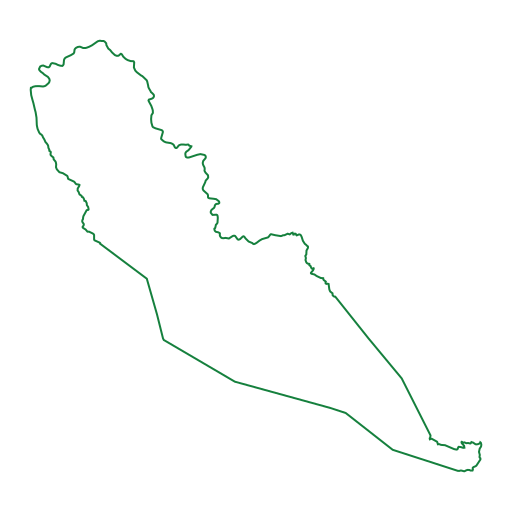 Minas de Oro, Comayagua, Honduras (Mercator projection)
{"feature_id": "27666195B38768397518774", "entity_name": "Minas de Oro", "entity_type": "district", "adm_level": 2, "iso_a3": "HND", "parent_name": "Honduras", "parent_adm1": "Comayagua", "projection": "mercator", "projection_center": [-87.461, 14.895], "detail": "fine", "context": "isolated", "style": "outline", "palette": "green", "viewbox_px": 512, "rotation_deg": 0, "n_neighbors": 0, "source": "geoboundaries", "source_scale": "gbopen_adm2", "svg_char_len": 5867}
<svg xmlns="http://www.w3.org/2000/svg" viewBox="0 0 512 512"><path d="M472.5,470.5L472.9,469.6L472.7,468.1L472.8,467.7L473.5,467.1L475.6,466.2L476.4,465.6L480.4,459.5L480.4,458.3L479.7,457.6L479.5,457.0L479.8,454.9L479.0,451.9L479.7,448.6L480.9,446.8L481.2,445.9L481.3,444.4L480.8,442.7L480.3,442.3L480.1,442.9L479.1,443.7L477.8,444.2L476.0,444.4L475.1,444.0L473.1,442.6L471.6,442.2L471.4,442.1L470.7,443.3L470.2,443.5L468.1,443.0L466.3,443.2L464.5,442.4L463.4,442.7L461.8,441.8L461.5,442.1L461.6,442.8L462.1,443.6L463.7,445.3L463.8,445.8L464.1,445.9L464.4,447.7L463.9,447.8L463.1,447.8L460.9,447.1L458.7,446.8L458.3,447.2L457.5,449.2L457.0,449.5L456.5,449.6L454.1,449.1L445.0,445.2L441.1,444.9L439.1,444.1L437.9,444.3L437.3,442.2L437.0,441.7L431.8,438.8L431.3,438.8L429.9,439.3L429.7,438.4L429.8,438.1L430.2,437.9L430.5,435.4L401.7,378.4L368.5,338.4L335.3,296.7L334.5,296.7L333.9,296.4L332.7,295.4L332.5,293.3L330.3,291.6L329.8,290.7L329.3,289.2L328.6,284.0L327.6,283.7L326.5,283.9L325.7,283.5L325.5,283.0L325.8,281.6L323.7,280.0L323.3,279.2L323.2,278.2L320.8,278.0L316.6,276.0L314.5,274.5L311.6,273.8L311.0,273.4L310.9,273.0L311.0,272.7L313.0,270.4L313.6,269.1L313.7,268.3L313.5,268.2L313.0,268.5L312.1,268.7L311.7,268.5L311.1,267.5L310.6,266.1L309.4,265.3L309.4,264.0L309.1,263.8L307.9,263.7L306.8,263.0L306.2,262.1L305.5,260.0L305.9,258.1L305.6,256.9L305.3,256.0L306.3,254.4L306.5,250.5L307.8,248.2L308.0,247.4L308.0,246.7L307.7,246.2L307.1,245.9L306.0,244.7L304.8,243.8L302.9,240.8L301.7,237.0L301.0,235.5L300.5,234.9L299.8,234.5L299.0,234.4L296.7,235.4L296.4,235.2L295.7,233.8L294.9,233.6L294.0,233.9L293.8,234.6L293.3,234.6L292.6,232.7L291.4,233.1L289.7,234.4L287.7,233.7L284.5,235.2L282.9,235.3L281.7,235.9L280.8,236.1L275.2,235.2L271.0,234.2L270.3,234.6L268.8,236.6L268.0,237.4L262.1,239.1L259.5,240.6L256.5,242.9L254.9,243.8L253.9,244.1L253.2,243.9L252.4,243.1L248.6,241.5L245.5,238.4L244.3,236.7L243.6,236.3L242.7,236.6L240.1,239.1L238.7,239.7L238.1,239.6L237.5,239.2L235.4,236.3L235.0,235.9L234.2,235.7L233.4,235.8L232.6,236.1L228.9,238.5L225.5,237.9L223.6,238.2L222.0,238.1L220.9,237.4L220.0,236.0L219.8,235.1L219.9,233.7L219.7,233.1L218.2,232.3L215.9,231.8L215.1,231.1L214.7,230.5L214.3,228.9L214.5,228.5L215.1,228.1L215.3,227.6L215.9,224.8L217.0,223.6L217.5,222.7L217.8,217.9L217.6,216.0L217.2,215.1L216.5,214.7L212.5,214.9L210.8,212.8L210.7,211.9L211.0,210.9L211.6,209.8L214.1,207.8L214.6,206.8L214.9,205.3L215.8,204.2L217.0,203.8L218.1,203.8L218.7,203.5L219.2,203.1L219.3,202.4L219.1,201.7L218.8,201.2L216.2,199.2L213.9,198.8L209.4,198.3L208.4,197.9L208.0,197.1L208.0,195.3L207.6,194.2L203.5,190.5L202.9,189.5L202.7,188.3L202.9,187.2L205.2,182.3L205.7,180.6L207.7,178.4L208.2,177.3L208.0,175.3L205.5,172.6L204.6,171.0L204.5,170.5L204.7,169.0L204.5,167.5L203.2,165.0L202.8,163.7L202.8,162.5L203.3,160.8L205.1,158.7L205.7,157.8L205.8,156.9L205.5,155.9L205.0,155.3L204.2,154.9L200.4,154.1L197.2,154.8L189.3,157.4L187.9,157.6L186.7,157.4L185.9,156.9L185.6,156.1L185.3,153.9L185.5,152.9L186.3,151.7L188.2,150.4L189.1,149.5L191.3,146.7L191.4,146.3L189.3,145.7L188.5,144.7L188.1,144.5L185.9,144.8L183.0,144.5L181.2,144.5L179.3,145.1L178.4,145.9L177.1,147.6L176.4,148.0L175.8,148.0L174.9,147.4L173.7,144.9L172.5,143.9L170.7,143.1L166.2,142.4L165.3,142.1L163.7,141.3L161.3,139.2L161.1,138.6L161.3,137.5L162.8,132.4L162.9,131.8L162.6,131.0L162.1,130.4L161.2,130.0L155.4,128.3L153.1,127.2L152.5,126.5L151.4,122.7L151.1,119.1L151.3,116.8L151.4,115.3L152.9,112.9L152.8,110.5L152.4,109.0L151.3,105.9L148.7,101.1L148.5,100.4L148.9,99.6L151.8,98.7L153.2,97.8L153.9,96.6L153.9,95.2L153.6,94.6L152.4,93.3L150.9,92.0L150.6,91.2L148.8,88.1L148.3,86.8L148.2,85.8L147.2,81.5L146.7,80.3L143.7,77.4L142.3,76.1L141.1,75.5L136.8,72.2L135.3,70.6L133.9,67.5L134.2,62.4L133.7,61.4L133.2,61.2L130.7,61.1L127.7,60.1L126.3,59.3L125.4,58.7L123.2,56.6L121.9,54.4L121.0,53.8L120.7,53.8L119.1,55.3L118.1,55.8L116.7,55.8L114.9,55.1L112.0,52.4L110.2,50.1L108.3,48.6L106.4,45.1L106.2,43.3L104.7,41.6L103.6,41.0L101.5,41.0L99.9,40.7L97.7,41.3L92.0,45.3L89.1,46.8L86.7,47.7L85.5,48.0L83.1,48.0L80.3,46.8L79.5,46.7L77.7,47.0L76.1,47.8L75.2,48.6L74.6,49.5L74.2,52.4L73.6,53.5L70.8,55.2L66.4,57.2L65.5,57.7L64.6,58.6L64.0,60.0L63.6,64.3L63.1,65.2L62.4,65.9L60.3,65.7L57.8,64.9L55.7,63.8L52.4,63.1L51.7,63.3L51.1,63.7L50.5,64.7L49.7,66.5L48.7,67.3L47.2,67.2L43.2,65.5L41.5,65.8L40.2,66.5L39.1,68.8L39.1,69.6L39.6,70.4L40.9,71.8L42.9,73.2L44.2,74.5L47.9,76.9L49.3,78.8L49.7,80.3L49.3,82.0L48.6,83.1L45.9,85.5L44.8,86.1L43.0,86.5L38.9,86.1L35.5,86.2L33.3,86.7L32.4,87.1L31.8,87.7L30.9,87.8L30.7,89.8L31.2,95.1L32.5,100.0L33.4,103.1L34.9,109.6L35.6,112.2L36.5,117.7L36.8,125.0L37.1,126.7L37.6,128.9L39.2,132.6L40.3,134.0L41.3,134.5L42.3,135.6L43.0,137.3L44.3,139.4L45.5,142.1L46.7,143.4L47.7,144.8L48.2,146.0L48.4,147.8L49.3,149.7L49.3,150.8L50.5,151.6L50.8,152.1L50.5,154.2L50.6,154.9L51.4,155.9L53.4,157.5L53.7,159.4L55.4,161.4L55.8,162.2L56.2,164.3L56.0,167.2L56.6,168.8L56.9,169.4L59.4,172.2L62.9,173.2L67.1,175.8L67.5,176.3L68.1,178.7L68.4,179.0L74.0,181.6L74.8,182.4L75.6,183.6L76.3,184.2L78.9,184.6L79.5,185.0L79.1,186.2L77.7,188.5L77.6,190.5L78.7,192.1L79.5,194.4L81.4,195.7L81.7,196.1L81.9,196.9L83.1,197.4L84.0,199.1L84.4,200.8L85.6,201.0L85.9,201.3L86.2,202.2L86.7,203.1L86.9,205.2L88.1,206.9L88.6,209.2L88.5,209.6L88.2,209.9L86.9,210.1L86.6,210.3L83.4,216.2L83.1,217.6L83.0,219.0L82.4,220.1L82.2,221.2L82.5,222.2L83.7,223.9L83.8,224.6L83.6,225.4L82.6,226.9L82.7,227.5L83.2,228.0L85.6,229.5L87.5,231.7L89.1,231.7L92.6,233.4L93.7,234.2L94.1,235.0L94.1,239.4L94.5,240.3L99.8,242.7L100.2,243.2L100.1,243.7L146.8,278.7L157.0,314.4L163.0,338.4L163.8,340.0L234.9,381.7L330.4,408.0L345.7,413.0L392.7,449.8L458.0,470.9L459.5,470.9L460.5,470.5L461.2,470.5L464.2,471.3L465.0,471.0L466.3,470.3L467.6,469.9L469.4,470.0L470.4,470.5L472.5,470.5Z" fill="none" stroke="#15803d" stroke-width="2"/></svg>